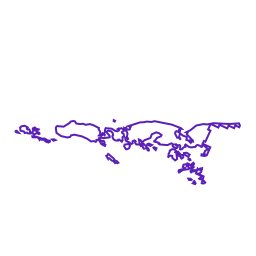 outline of Aleutians East, Alaska, United States of America, rotated 25°
{"feature_id": "52423323B46246640861022", "entity_name": "Aleutians East", "entity_type": "district", "adm_level": 2, "iso_a3": "USA", "parent_name": "United States of America", "parent_adm1": "Alaska", "projection": "natural_earth1", "projection_center": [-161.986, 55.403], "detail": "fine", "context": "isolated", "style": "outline", "palette": "violet", "viewbox_px": 256, "rotation_deg": 25, "n_neighbors": 0, "source": "geoboundaries", "source_scale": "gbopen_adm2", "svg_char_len": 6077}
<svg xmlns="http://www.w3.org/2000/svg" viewBox="0 0 256 256"><g transform="rotate(25 128 128)"><path d="M228.4,78.5L226.7,76.9L218.0,81.6L203.5,87.5L198.4,91.2L194.5,92.7L188.8,96.9L185.4,103.8L182.5,107.3L184.0,107.1L184.0,108.9L192.1,112.0L192.6,112.7L190.0,113.1L191.4,114.3L191.1,115.0L188.1,113.9L185.9,114.1L185.6,112.3L184.8,111.3L181.2,111.7L177.0,110.8L177.6,111.7L178.0,114.3L180.8,116.3L177.8,115.3L176.6,116.0L173.2,113.3L172.6,111.9L173.2,110.4L176.7,110.2L176.3,108.4L175.0,108.3L175.0,106.9L177.0,106.1L176.0,105.8L166.3,106.4L149.2,110.6L146.7,112.6L142.2,114.3L139.9,116.1L136.7,117.7L127.7,126.0L129.9,126.0L129.6,126.9L130.2,128.3L129.7,129.0L128.1,129.7L126.6,129.1L126.3,128.2L125.3,129.5L124.6,129.5L125.0,130.0L123.8,131.1L122.0,131.0L120.6,132.6L120.5,132.1L119.7,132.3L119.1,133.3L120.5,133.3L120.8,134.1L119.7,135.5L117.6,136.0L113.5,135.5L107.8,137.6L108.0,139.6L108.7,140.9L108.5,143.2L109.9,144.0L109.9,144.5L107.1,143.6L106.8,144.7L107.6,145.6L107.1,146.5L104.9,147.1L105.4,145.5L104.9,144.2L104.2,143.1L101.8,141.4L101.7,140.3L95.1,140.1L91.8,140.6L88.0,143.1L85.6,143.1L83.1,144.6L79.3,145.8L77.0,144.4L75.4,144.8L73.3,146.4L72.9,148.2L69.1,154.0L63.0,156.2L62.5,157.1L62.6,158.6L65.3,162.7L70.9,163.6L77.1,162.2L79.4,160.4L79.5,158.7L82.3,156.7L89.6,155.1L95.7,155.0L100.1,155.8L102.8,154.2L104.6,154.2L105.0,152.9L104.5,152.1L106.3,150.9L110.2,153.5L110.9,152.7L112.8,152.8L112.1,153.9L114.7,154.0L114.7,153.1L114.1,153.2L112.4,150.5L111.3,150.0L110.0,150.8L107.7,150.8L106.1,149.4L108.1,148.1L110.4,147.4L115.4,144.1L114.5,142.8L110.4,141.0L110.2,140.3L111.2,138.8L114.2,138.1L116.4,139.2L117.6,140.9L117.2,142.0L118.8,143.8L120.6,144.6L122.7,144.4L124.4,143.5L124.1,142.7L125.0,142.2L128.2,143.0L128.3,141.5L126.9,138.6L128.0,137.2L126.4,135.1L124.9,135.0L124.2,134.2L125.2,132.3L126.7,131.3L127.9,131.5L129.9,133.2L130.7,136.3L132.7,137.8L132.5,138.3L131.2,137.6L129.6,137.9L131.0,140.2L132.5,140.7L135.7,140.5L136.6,141.3L137.9,141.0L138.7,139.9L137.8,138.4L137.9,137.8L139.0,136.6L140.0,136.5L140.7,137.0L140.3,137.7L140.7,138.4L142.5,139.4L145.0,138.3L145.3,137.5L142.7,133.8L144.5,133.7L146.6,134.8L147.3,134.1L148.0,132.2L152.5,127.6L152.2,123.7L155.3,120.1L158.1,119.6L161.4,120.2L161.3,121.6L158.3,124.9L158.1,127.3L157.3,128.4L157.5,129.2L161.9,128.4L162.7,128.6L162.5,129.3L163.7,129.5L171.0,126.8L173.9,123.5L176.1,123.8L175.9,125.3L177.0,126.0L180.5,125.8L181.1,124.6L180.7,123.7L177.6,123.0L178.6,122.4L180.5,122.8L181.9,121.7L182.9,122.1L184.1,125.2L185.1,125.1L186.1,124.1L186.1,123.2L186.8,121.8L188.0,120.7L186.9,119.4L187.2,118.6L191.1,119.4L193.7,118.8L197.1,116.5L197.3,115.0L198.0,114.1L200.4,113.7L202.5,114.2L202.9,113.7L202.6,112.3L203.9,111.8L209.4,113.3L207.6,116.0L207.6,118.9L208.5,119.0L209.0,119.8L205.8,120.8L206.2,121.9L209.3,121.0L210.9,119.5L210.7,110.7L202.3,110.7L202.3,107.7L203.9,107.7L203.8,95.5L201.2,95.5L201.2,89.4L209.7,89.4L209.6,86.4L218.1,86.4L218.1,83.3L224.2,83.3L224.2,80.3L228.5,80.3L228.4,78.5ZM175.4,130.8L175.8,131.6L175.8,134.8L176.7,136.1L176.4,137.9L178.1,135.1L179.9,134.6L180.9,136.4L184.5,137.4L185.6,135.2L182.9,131.2L184.2,129.9L185.0,130.4L184.4,130.7L184.7,131.1L185.8,131.8L188.2,131.9L188.7,132.8L189.5,133.1L190.5,131.3L189.4,129.2L187.2,130.0L183.3,128.2L182.0,129.7L181.0,129.9L181.0,128.3L179.4,127.8L177.0,128.5L175.4,130.8ZM192.1,144.5L192.0,145.7L192.8,146.8L193.5,146.4L194.0,145.0L195.8,142.6L200.3,139.7L200.4,138.3L203.0,138.5L204.0,135.7L202.8,135.8L202.8,136.7L202.1,136.9L201.6,136.2L201.8,134.3L202.9,133.9L203.1,132.6L201.9,131.9L200.2,135.3L199.4,135.6L198.2,134.8L197.2,134.9L198.8,137.3L198.6,137.7L197.4,138.1L197.3,137.3L195.9,136.3L193.8,137.8L194.2,140.2L196.4,140.2L196.9,140.7L192.1,144.5ZM30.9,171.3L30.0,173.2L31.8,175.9L35.0,175.1L36.5,176.2L38.3,174.9L39.5,175.2L42.2,174.1L42.7,173.3L42.3,172.8L41.0,173.2L40.3,171.9L38.9,171.0L37.8,171.8L36.9,171.6L36.5,171.0L36.8,169.9L34.7,169.7L33.6,169.6L30.9,171.3ZM120.8,161.5L120.1,162.4L122.9,164.3L122.8,163.7L124.0,163.3L127.1,164.4L128.8,164.1L131.0,165.3L132.0,164.3L133.2,164.4L133.9,163.6L132.2,162.8L129.6,162.8L127.7,161.6L121.8,160.0L121.0,159.9L120.8,161.5ZM41.9,168.6L42.3,169.4L43.9,168.7L44.8,169.3L43.2,170.4L43.4,172.8L44.9,173.6L45.6,173.5L47.7,171.0L49.8,171.2L50.2,170.5L49.6,169.9L46.7,169.9L45.6,169.0L45.5,168.5L47.6,167.5L47.7,167.0L44.7,167.4L43.3,166.9L41.9,168.6ZM208.2,135.3L208.8,140.5L210.6,140.5L210.8,139.9L212.5,140.6L213.2,140.1L211.8,139.1L212.9,137.2L212.7,135.9L211.8,135.5L212.5,134.2L212.1,133.1L210.4,134.4L210.0,135.9L208.2,135.3ZM131.9,144.5L132.4,146.4L135.1,148.1L136.3,147.5L137.5,145.9L137.4,143.3L136.6,142.7L134.9,142.5L131.9,144.5ZM146.6,137.9L146.0,138.1L147.3,139.0L148.4,137.8L148.9,138.0L149.7,139.3L151.1,140.1L153.4,138.4L155.0,139.1L154.8,139.5L155.2,139.9L156.3,139.7L156.3,139.1L154.7,137.9L148.7,135.7L147.0,136.3L146.6,137.9ZM54.7,173.9L59.6,175.1L62.1,174.7L63.0,173.4L62.5,172.6L60.2,173.2L56.9,172.8L54.7,173.9ZM189.3,127.0L190.0,128.1L194.8,128.7L195.1,126.1L191.7,125.6L189.3,127.0ZM213.9,143.8L214.8,144.1L217.4,142.9L217.0,139.9L214.0,139.9L214.0,140.8L215.0,141.2L215.1,142.0L213.9,143.8ZM217.7,144.6L218.1,146.8L219.1,146.8L220.7,145.7L221.0,144.7L218.9,143.8L217.7,144.6ZM152.4,134.3L152.4,135.0L156.0,134.7L156.9,133.2L153.4,133.4L152.4,134.3ZM204.0,138.9L202.9,140.6L203.7,141.6L204.2,141.4L204.6,139.9L205.8,139.7L206.8,138.7L207.0,137.7L204.0,138.9ZM47.4,174.8L51.5,175.0L52.8,176.1L52.9,175.5L54.3,175.2L53.3,174.1L47.4,174.8ZM159.7,134.4L159.3,135.0L160.2,135.6L162.4,136.3L162.4,134.3L159.7,134.4ZM210.5,148.1L210.0,148.6L210.5,150.0L210.2,150.7L212.5,150.5L212.6,149.5L210.5,148.1ZM27.5,178.1L27.7,178.9L28.8,179.1L30.9,178.6L28.2,177.6L27.5,178.1ZM65.7,169.5L64.1,170.5L65.9,171.0L67.4,169.6L65.7,169.5ZM204.1,148.4L205.3,149.3L207.3,148.5L207.5,147.9L206.2,147.6L204.1,148.4ZM44.8,176.0L45.4,176.7L47.4,175.9L46.5,175.1L44.8,176.0ZM195.8,130.2L196.0,130.9L197.6,131.2L198.1,130.6L197.2,129.9L195.8,130.2ZM111.8,126.9L112.1,127.8L113.2,127.8L113.2,126.9L111.8,126.9Z" fill="none" stroke="#5b21b6" stroke-width="2"/></g></svg>